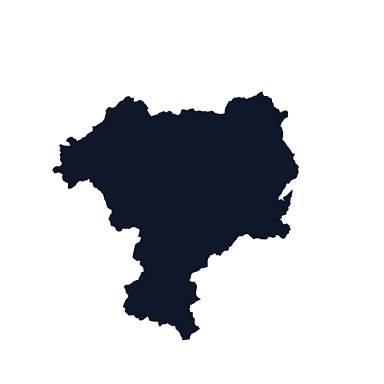 Binh Gia, Lạng Sơn, Vietnam, rotated 54°
{"feature_id": "81297802B86040607446214", "entity_name": "Binh Gia", "entity_type": "district", "adm_level": 2, "iso_a3": "VNM", "parent_name": "Vietnam", "parent_adm1": "Lạng Sơn", "projection": "natural_earth1", "projection_center": [106.28, 22.064], "detail": "fine", "context": "isolated", "style": "filled", "palette": "ink", "viewbox_px": 384, "rotation_deg": 54, "n_neighbors": 0, "source": "geoboundaries", "source_scale": "gbopen_adm2", "svg_char_len": 6025}
<svg xmlns="http://www.w3.org/2000/svg" viewBox="0 0 384 384"><g transform="rotate(54 192 192)"><path d="M244.5,314.5L247.6,313.4L249.5,315.9L253.1,315.1L254.2,315.2L256.4,311.6L257.4,310.7L260.8,310.7L262.5,308.1L264.0,309.3L264.4,309.3L265.5,308.2L265.9,306.6L265.8,302.4L265.2,301.3L265.3,300.9L267.4,300.3L271.1,301.2L274.5,297.9L275.7,296.0L277.5,294.8L278.7,295.4L278.9,296.3L281.2,296.6L281.4,296.1L280.8,294.2L281.4,292.5L283.2,289.9L282.7,288.6L283.0,287.5L283.4,287.2L285.0,287.9L288.5,286.2L289.9,283.2L293.2,284.9L295.5,284.3L299.1,284.0L301.9,285.0L304.2,284.9L305.9,285.9L308.9,280.7L307.2,279.1L305.7,275.8L306.6,271.8L306.6,266.8L304.6,266.7L302.2,268.2L299.3,267.7L296.1,265.0L294.5,265.4L292.4,265.1L290.0,263.0L287.9,265.0L286.1,263.8L284.6,263.9L284.0,262.2L282.2,260.9L281.9,259.8L282.3,256.3L282.7,255.2L282.6,254.6L282.1,254.3L282.2,252.3L283.1,249.1L278.7,250.3L275.3,248.6L271.5,244.5L269.9,243.6L266.6,243.4L265.7,244.7L264.9,245.3L263.9,246.9L260.9,246.4L260.4,244.1L258.6,243.8L259.1,243.0L257.7,241.3L257.1,239.7L257.2,238.2L258.9,233.2L258.3,229.5L261.0,223.8L258.6,221.8L257.2,221.6L256.8,220.6L254.4,218.3L254.4,216.2L253.0,216.0L253.4,213.9L254.2,212.2L253.8,211.3L253.9,209.6L255.5,208.6L257.4,208.5L257.7,207.1L259.5,206.3L257.8,202.5L258.1,201.5L257.7,200.8L258.7,198.7L259.4,198.2L259.6,196.8L257.4,194.3L258.1,193.0L257.8,192.3L258.0,191.0L256.6,189.1L256.7,187.8L256.0,186.2L256.1,184.4L255.0,182.9L254.7,179.7L255.2,178.4L256.5,177.6L256.7,176.2L256.6,174.2L258.1,171.0L266.0,169.3L266.2,168.7L266.0,167.2L266.6,166.9L268.3,164.5L270.4,163.2L273.2,159.6L273.2,157.7L271.7,155.7L272.2,155.2L273.9,155.0L274.8,153.6L276.2,153.0L276.7,150.9L275.3,150.1L275.7,148.8L276.6,147.5L278.7,146.5L280.8,146.3L282.9,145.4L283.1,143.5L282.5,143.2L282.3,141.7L281.3,140.4L281.6,138.1L280.0,137.1L279.7,134.7L278.2,134.6L276.4,133.5L275.1,134.4L273.8,134.3L272.7,137.7L271.0,137.7L268.1,137.1L264.9,138.1L264.6,137.2L265.2,135.4L263.7,134.2L263.5,131.7L264.1,131.1L264.8,129.2L263.6,128.4L262.6,126.8L262.4,124.6L260.1,123.7L260.0,121.7L258.8,119.5L257.1,119.0L255.4,117.1L254.3,116.6L253.6,114.2L252.0,113.3L251.4,112.1L250.0,110.9L251.3,118.6L250.6,119.8L250.7,121.3L253.4,121.6L254.6,122.8L253.0,123.9L250.8,124.4L250.2,126.9L249.5,127.4L248.8,127.3L246.9,125.7L245.7,123.6L245.8,122.7L245.2,120.6L242.8,116.7L243.1,115.7L242.3,114.4L242.1,113.0L240.7,112.0L240.4,111.3L240.1,109.4L241.4,108.7L240.2,104.9L240.7,101.6L241.3,100.3L241.2,99.6L240.6,98.1L239.2,96.6L238.3,94.7L237.3,94.1L234.8,93.5L234.7,92.1L234.1,91.6L232.0,91.4L229.9,92.5L227.9,91.2L226.1,91.2L224.6,91.7L222.2,89.3L221.5,87.4L220.3,88.8L216.8,88.6L215.5,88.2L209.9,88.7L207.4,88.3L201.8,88.8L200.7,86.8L199.4,85.6L198.2,85.3L197.4,84.0L192.4,82.2L190.0,82.8L189.5,81.3L188.1,79.6L187.6,77.6L187.0,76.6L187.0,75.8L186.4,75.0L186.8,70.4L185.0,69.4L183.6,68.1L182.6,68.1L181.6,68.8L181.2,70.5L180.6,71.2L181.0,73.0L179.5,74.7L176.1,73.9L175.7,74.2L175.7,75.6L173.5,75.2L172.2,76.0L170.4,76.2L168.1,74.8L166.0,75.0L163.9,73.7L163.2,73.5L161.1,74.8L159.2,75.0L157.2,77.8L154.2,77.9L152.6,76.9L152.0,78.6L152.0,81.0L152.5,83.3L151.5,85.3L150.9,89.3L149.9,90.8L149.7,93.6L149.0,94.2L146.7,94.6L145.4,97.2L143.2,98.6L143.1,100.4L142.2,101.1L141.2,102.7L141.4,104.4L142.2,106.7L141.1,108.9L144.0,115.0L146.0,117.3L147.5,118.0L147.7,118.4L147.9,119.4L147.4,121.9L146.0,123.9L141.9,127.6L138.7,128.3L136.8,133.0L135.3,133.7L133.9,136.1L130.6,139.0L130.1,140.9L128.2,142.9L125.5,142.4L125.2,143.5L124.2,144.9L124.0,147.5L123.5,148.6L120.8,150.5L120.1,151.6L120.1,152.1L121.8,154.0L122.6,156.5L122.2,158.8L118.2,161.4L117.7,163.3L116.2,162.0L113.9,162.6L113.5,163.3L113.3,166.1L112.5,167.0L110.8,167.6L110.4,168.3L110.1,170.4L109.3,172.1L109.7,174.5L107.8,179.4L107.5,181.3L99.7,181.1L98.9,180.6L98.1,178.7L96.5,179.0L95.4,178.5L92.4,179.1L89.7,179.0L87.4,180.6L86.8,184.2L85.0,186.8L83.9,186.5L81.7,184.7L81.0,186.6L78.8,186.9L77.6,187.5L76.9,189.9L78.1,194.3L77.3,196.0L77.1,197.9L78.9,204.1L78.0,207.1L77.2,208.2L75.6,208.9L75.1,209.6L75.9,213.5L78.4,214.9L80.3,217.7L81.7,218.8L83.3,223.3L82.9,224.9L83.2,227.6L82.5,229.0L82.9,229.6L82.7,231.9L81.4,233.8L83.4,234.7L85.0,236.4L84.3,242.6L85.6,246.1L84.5,248.2L84.8,252.5L84.0,253.8L84.1,255.0L83.8,255.8L83.3,256.1L80.9,255.6L79.7,256.8L77.6,257.1L76.8,257.8L76.3,261.1L76.8,262.8L77.4,263.0L79.2,261.6L82.6,262.2L83.7,263.6L82.3,265.9L78.8,269.5L77.2,270.3L76.7,271.3L80.0,272.2L81.2,274.2L83.2,273.7L83.9,274.6L84.5,276.5L86.7,277.1L88.9,279.4L91.9,279.2L93.2,280.3L94.0,281.5L94.1,284.5L92.5,286.3L91.7,288.4L92.1,290.4L93.1,291.6L93.8,291.2L95.7,291.5L97.1,287.8L101.9,285.2L102.7,286.3L103.6,287.0L104.1,287.9L105.4,288.1L106.8,288.9L107.7,288.2L109.6,287.9L110.4,286.9L111.8,286.4L112.9,286.7L115.1,288.7L116.4,289.3L117.6,286.8L117.3,283.5L117.7,282.7L117.0,281.5L116.1,278.6L116.4,276.2L116.8,275.3L118.9,273.7L118.7,271.4L119.7,270.9L120.1,270.3L119.7,267.4L119.9,267.1L121.7,266.6L123.1,267.9L123.6,268.0L124.4,267.6L125.8,265.9L127.9,267.2L129.8,267.7L131.5,267.2L132.4,265.8L134.5,266.0L135.6,265.2L136.2,265.5L136.9,264.9L138.4,264.7L140.0,265.1L141.0,264.2L146.6,266.5L149.2,266.6L152.2,268.1L155.0,268.7L157.2,268.0L158.8,267.0L159.7,266.9L162.6,269.0L162.8,270.9L163.1,271.7L164.3,272.7L164.5,274.1L164.9,274.5L165.9,274.9L168.6,275.0L170.3,276.2L172.0,276.5L173.2,275.1L174.8,274.5L176.0,274.4L178.7,275.1L180.3,274.1L181.3,272.2L180.1,270.1L180.5,268.5L180.7,268.0L182.0,267.3L182.6,266.0L184.6,263.7L183.9,262.3L184.9,261.0L185.5,258.9L189.9,256.4L191.1,255.2L193.8,257.4L196.6,260.8L197.3,259.5L199.4,259.6L200.0,260.1L202.4,263.6L201.7,266.4L202.0,268.8L209.7,277.5L210.6,277.8L214.9,276.5L215.8,274.5L217.8,273.5L219.9,276.1L224.5,275.0L229.8,278.0L229.7,278.3L228.6,278.7L228.1,279.3L228.0,280.1L228.4,280.9L229.6,281.9L230.8,285.0L232.5,286.8L231.4,288.9L230.7,292.3L231.0,295.7L230.4,298.6L229.2,299.7L228.9,301.8L229.5,302.3L232.2,302.5L234.4,303.8L239.2,303.6L240.5,306.4L241.0,309.1L244.5,314.5Z" fill="#0f172a" stroke="#020617" stroke-width="1.5"/></g></svg>